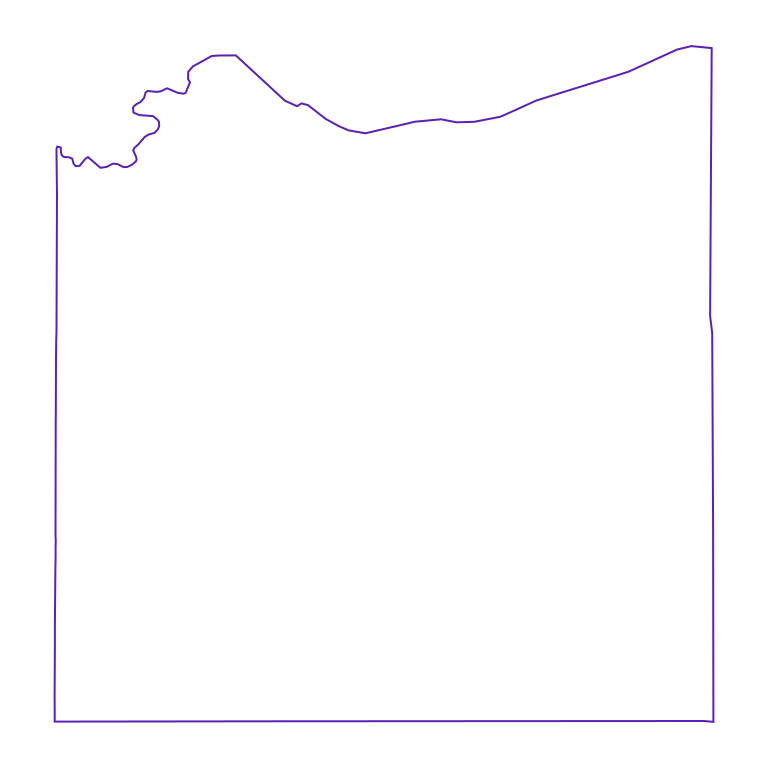 Douglas, Wisconsin, United States of America (Natural Earth projection)
{"feature_id": "52423323B97488496656335", "entity_name": "Douglas", "entity_type": "district", "adm_level": 2, "iso_a3": "USA", "parent_name": "United States of America", "parent_adm1": "Wisconsin", "projection": "natural_earth1", "projection_center": [-92.121, 46.457], "detail": "fine", "context": "isolated", "style": "outline", "palette": "violet", "viewbox_px": 768, "rotation_deg": 0, "n_neighbors": 0, "source": "geoboundaries", "source_scale": "gbopen_adm2", "svg_char_len": 1318}
<svg xmlns="http://www.w3.org/2000/svg" viewBox="0 0 768 768"><path d="M56.5,152.0L57.0,195.1L56.9,218.0L56.5,331.2L56.2,340.7L56.0,359.6L55.8,412.3L55.7,424.8L55.7,428.9L55.5,536.2L55.7,539.1L55.7,544.4L55.6,545.4L55.6,552.9L55.6,556.0L55.5,563.2L55.4,566.4L54.9,623.9L54.9,645.8L54.6,696.0L54.7,710.9L54.7,721.6L271.3,721.3L704.2,721.0L713.4,721.9L713.1,525.9L712.2,333.1L710.1,315.9L711.7,48.1L691.4,46.1L676.9,49.6L628.5,71.7L548.8,96.6L536.4,100.5L500.6,116.7L474.2,121.8L456.3,122.3L441.1,119.3L415.0,121.7L365.4,133.3L348.7,130.4L338.5,126.0L325.7,118.9L307.9,105.1L301.5,103.4L297.0,106.2L284.9,100.7L235.8,55.4L219.3,55.5L211.8,56.0L193.0,66.3L188.2,71.8L188.1,79.1L190.0,82.3L185.6,92.8L183.5,93.7L177.7,92.8L167.0,88.3L160.8,91.3L156.7,91.9L147.7,91.0L145.6,92.5L144.0,98.1L140.4,102.1L136.7,104.0L133.9,106.2L133.0,107.9L133.5,112.6L139.4,115.1L153.0,116.1L157.6,119.9L158.9,121.7L159.2,126.1L157.9,129.3L154.5,132.9L149.0,134.4L144.7,136.9L138.5,144.2L134.4,147.9L133.2,150.4L136.1,156.9L136.6,159.5L136.0,161.3L131.8,164.8L127.1,167.0L123.5,167.1L117.3,164.0L112.8,163.7L106.6,166.9L100.4,167.8L88.0,157.1L85.2,158.9L79.7,165.8L75.6,166.1L73.6,163.8L72.2,158.6L68.6,157.2L64.0,157.0L61.8,155.3L61.0,152.5L60.7,147.5L57.3,146.6L56.5,148.9L56.5,152.0Z" fill="none" stroke="#5b21b6" stroke-width="2"/></svg>